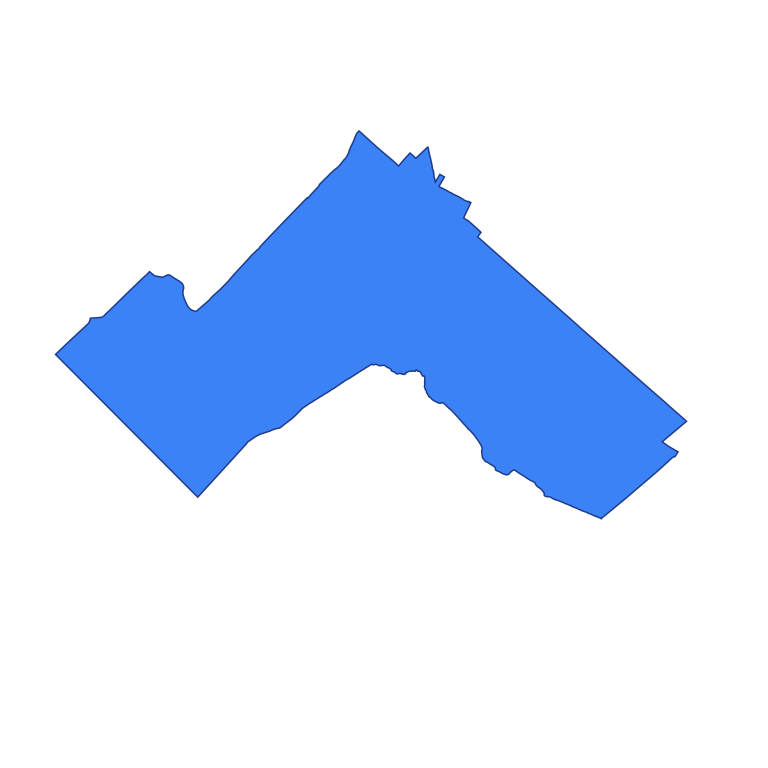 the district of Gradinari, Olt, Romania, rotated 131°
{"feature_id": "2599482B30004072712987", "entity_name": "Gradinari", "entity_type": "district", "adm_level": 2, "iso_a3": "ROU", "parent_name": "Romania", "parent_adm1": "Olt", "projection": "albers", "projection_center": [24.282, 44.569], "detail": "fine", "context": "isolated", "style": "filled", "palette": "blue", "viewbox_px": 768, "rotation_deg": 131, "n_neighbors": 0, "source": "geoboundaries", "source_scale": "gbopen_adm2", "svg_char_len": 6123}
<svg xmlns="http://www.w3.org/2000/svg" viewBox="0 0 768 768"><g transform="rotate(131 384 384)"><path d="M577.2,651.3L591.6,450.3L519.6,448.6L517.3,448.8L515.3,448.3L508.2,446.5L503.9,444.9L493.8,438.9L493.0,438.7L492.4,438.3L491.0,437.6L489.6,436.8L487.7,435.5L486.0,434.1L485.3,433.7L478.0,432.3L474.3,431.5L473.2,431.3L470.8,430.8L467.7,430.4L466.7,430.3L465.8,430.2L456.2,429.6L452.9,428.9L451.6,428.6L450.8,428.1L450.3,428.1L449.2,427.9L446.8,427.2L443.7,426.2L439.3,424.9L437.1,424.2L435.2,423.7L432.0,422.6L430.0,422.0L427.7,421.2L424.0,420.2L422.1,419.6L419.8,418.8L416.0,417.9L409.2,416.0L406.7,415.5L401.6,413.6L399.4,413.0L394.3,411.5L391.8,410.8L389.7,410.1L388.4,409.8L386.1,409.0L384.2,408.5L379.4,406.9L378.7,406.8L377.1,406.2L377.0,405.6L377.0,405.4L376.5,404.7L375.7,403.9L374.8,403.4L374.3,402.8L373.9,401.7L373.6,400.2L373.0,399.2L372.4,398.5L370.7,397.2L369.8,396.1L369.7,395.6L369.5,395.0L369.4,393.4L369.2,392.2L368.7,390.7L368.3,389.0L368.3,388.6L368.3,388.3L368.4,388.1L368.7,388.0L368.9,387.8L369.1,387.3L369.1,386.4L368.8,385.4L368.1,383.7L368.0,383.2L368.2,382.0L368.1,381.5L368.0,381.1L367.7,380.6L366.1,379.4L365.4,378.5L364.9,378.1L364.4,377.5L364.4,377.3L364.7,377.3L364.8,377.1L363.9,375.5L363.2,374.7L362.5,374.5L361.8,374.4L360.7,374.9L359.7,374.1L358.2,373.6L357.7,373.3L356.5,371.8L356.0,371.3L355.2,370.8L354.8,370.4L354.6,369.9L354.6,369.6L354.3,369.1L354.0,368.9L353.5,368.8L353.1,368.8L352.8,369.1L352.4,368.9L352.2,368.7L352.1,368.4L352.2,366.9L352.1,366.7L351.6,366.3L351.1,365.5L351.0,365.2L351.0,364.9L351.1,364.5L351.4,364.2L351.4,363.4L351.5,363.1L352.1,361.7L352.6,360.1L352.6,359.9L352.5,359.7L352.4,359.6L352.0,359.6L351.8,359.4L351.7,359.1L351.7,358.7L351.9,358.1L352.3,357.4L353.1,356.7L353.6,356.5L354.1,356.1L354.6,355.4L355.0,355.0L355.3,355.0L355.9,354.7L356.3,354.1L356.9,353.7L357.4,353.0L357.7,352.8L358.1,352.6L358.7,352.4L359.4,351.7L359.9,351.2L360.3,350.3L360.4,350.0L360.7,349.8L360.8,349.7L360.8,349.4L361.2,349.0L361.2,348.7L361.0,348.1L361.1,347.8L362.3,346.6L362.5,346.1L362.8,345.6L363.0,344.6L363.3,343.9L363.5,343.2L364.1,342.0L364.1,341.0L363.8,340.2L363.8,339.9L363.8,339.0L364.1,337.8L364.1,337.2L363.6,334.1L363.4,333.4L363.0,332.7L362.9,332.5L362.9,331.4L362.8,330.9L361.7,328.9L361.4,328.5L360.5,328.3L359.9,327.9L359.6,327.3L359.4,326.5L359.4,323.2L359.7,319.5L359.7,315.1L360.7,305.8L361.2,301.8L361.8,298.1L362.0,295.3L362.3,293.1L362.7,291.5L362.8,289.8L362.5,288.4L362.8,287.8L363.0,285.1L363.3,283.3L363.6,281.4L364.2,279.2L364.7,276.7L365.2,274.8L365.8,273.1L366.3,271.2L367.4,268.8L367.9,268.0L368.4,267.6L370.6,266.3L372.6,264.1L374.2,262.2L375.1,261.2L375.2,259.8L375.3,259.3L375.7,258.5L375.9,257.6L375.8,256.3L375.4,255.0L375.1,253.8L374.7,250.5L374.4,249.2L374.1,247.1L374.0,246.4L374.1,245.5L374.4,245.0L375.1,244.2L375.4,243.7L375.7,243.0L375.6,242.4L375.1,241.1L374.4,238.6L373.9,236.0L373.5,234.8L372.8,233.1L372.0,231.8L371.6,231.4L370.8,230.9L370.3,230.7L368.3,230.6L367.3,230.6L365.2,230.2L364.2,229.8L363.9,229.6L363.5,229.2L363.2,228.6L363.1,228.0L363.0,226.6L362.9,226.3L362.8,224.7L362.7,224.2L362.7,223.5L362.3,221.7L362.2,220.6L361.5,216.8L361.5,215.7L361.3,214.3L360.7,210.7L360.0,208.0L359.6,206.2L359.6,205.8L359.6,205.2L359.7,204.7L360.2,204.0L360.3,203.6L360.5,202.7L360.7,201.5L360.7,200.5L360.5,199.2L360.5,198.3L360.3,197.0L360.3,195.8L360.9,193.1L361.1,192.1L361.2,191.5L362.6,190.4L363.0,189.7L363.0,189.0L362.9,188.7L362.3,187.4L361.5,186.2L360.8,185.4L360.2,184.2L360.0,183.5L359.8,181.6L359.4,180.1L358.9,178.6L358.5,177.9L357.0,174.3L356.6,173.0L355.8,170.7L355.4,169.0L354.0,165.4L352.4,159.6L352.0,158.7L351.5,157.6L350.7,154.4L350.0,152.5L349.8,151.7L348.7,148.7L347.8,146.9L347.7,146.6L347.7,145.7L347.5,144.8L346.9,143.5L346.6,142.7L346.2,141.2L345.5,139.2L345.4,138.4L344.9,137.3L344.0,134.7L343.7,134.0L343.2,132.5L343.2,131.6L341.9,131.6L340.2,131.3L326.0,128.9L311.5,126.5L270.5,120.4L258.0,118.9L251.4,118.2L249.4,117.8L247.9,116.7L242.3,117.6L244.3,127.7L245.1,135.8L245.0,136.1L213.7,131.2L213.6,138.0L213.5,154.2L213.4,158.3L213.4,167.7L213.4,167.9L213.4,168.1L213.3,200.0L213.2,208.9L213.0,243.8L212.9,252.1L212.8,270.4L212.6,279.6L212.3,316.7L212.3,322.9L211.5,409.6L211.4,409.8L205.9,410.3L205.6,419.2L205.6,428.6L206.2,429.2L206.2,431.3L206.3,432.9L197.7,435.4L197.2,435.4L190.1,437.5L190.8,440.1L191.4,440.2L191.5,440.7L192.4,443.3L192.7,444.9L193.0,447.2L193.7,450.8L194.8,454.4L195.3,456.3L195.6,458.2L196.3,460.8L196.9,463.9L197.1,464.7L197.7,467.5L199.0,471.9L198.6,472.2L188.1,474.2L188.4,475.7L189.1,479.3L197.9,477.7L196.0,480.2L195.6,480.9L195.3,481.4L194.6,482.3L191.2,486.0L190.6,486.9L190.0,488.0L189.7,488.7L187.4,491.3L185.6,493.7L182.8,497.5L181.8,499.1L178.7,503.2L176.4,506.1L177.0,506.5L192.7,508.1L192.6,515.9L201.5,516.1L210.0,516.0L209.7,519.6L209.6,524.7L209.7,529.6L209.8,531.0L209.7,533.0L209.8,535.1L209.8,537.4L209.9,539.3L209.8,541.7L209.9,545.2L209.8,546.7L209.8,547.2L209.4,568.9L212.6,569.0L216.8,567.8L220.7,566.3L225.6,565.0L230.1,563.6L231.7,562.9L233.2,562.2L235.0,561.8L237.4,561.2L239.5,561.1L241.2,561.3L244.4,561.1L248.3,561.0L250.2,561.0L252.0,561.3L255.5,562.0L261.1,562.6L264.0,562.7L269.3,563.2L275.7,563.6L276.4,563.5L277.0,563.0L287.5,563.4L293.8,563.4L293.8,564.1L297.5,564.4L323.0,565.8L342.5,566.8L361.0,567.6L362.4,567.5L362.9,567.4L364.2,567.3L365.1,567.3L366.3,567.8L369.2,567.9L373.4,568.4L382.4,568.5L392.5,568.9L402.5,569.1L409.2,569.0L420.6,569.7L427.4,570.6L431.0,571.0L435.7,571.0L452.5,573.4L453.8,576.0L454.4,577.8L454.6,579.8L454.4,581.5L453.8,583.8L452.0,587.9L450.6,590.8L448.7,593.9L447.1,595.6L445.3,597.0L443.0,598.1L441.7,599.5L441.3,600.5L440.6,601.7L440.5,603.7L440.7,606.5L441.2,609.0L441.6,611.2L441.8,612.9L442.4,617.3L443.3,618.6L444.3,619.2L446.6,620.1L448.0,620.9L448.9,621.5L449.6,622.5L451.6,625.9L452.7,628.0L452.9,629.4L453.0,632.1L453.0,634.7L456.2,634.8L465.0,635.8L470.3,636.2L485.8,637.6L508.3,639.4L513.8,640.0L515.8,640.0L517.9,640.4L519.0,641.0L524.6,646.3L526.9,648.8L528.5,647.9L530.4,647.1L532.2,646.8L534.4,647.0L559.7,649.7L577.2,651.3Z" fill="#3b82f6" stroke="#1e3a8a" stroke-width="1.5"/></g></svg>